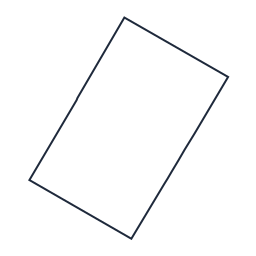 Adams, Indiana, United States of America (Robinson projection), rotated 31°
{"feature_id": "52423323B32450220216065", "entity_name": "Adams", "entity_type": "district", "adm_level": 2, "iso_a3": "USA", "parent_name": "United States of America", "parent_adm1": "Indiana", "projection": "robinson", "projection_center": [-84.869, 40.745], "detail": "fine", "context": "isolated", "style": "outline", "palette": "slate", "viewbox_px": 256, "rotation_deg": 31, "n_neighbors": 0, "source": "geoboundaries", "source_scale": "gbopen_adm2", "svg_char_len": 373}
<svg xmlns="http://www.w3.org/2000/svg" viewBox="0 0 256 256"><g transform="rotate(31 128 128)"><path d="M70.3,223.4L187.9,221.2L187.9,182.1L187.9,173.8L187.9,166.0L187.9,158.2L187.9,157.1L188.0,151.1L187.9,142.4L187.9,137.3L187.9,129.7L187.7,117.2L187.9,98.3L187.5,32.7L68.0,35.2L69.2,128.3L69.6,130.6L70.3,223.4Z" fill="none" stroke="#1e293b" stroke-width="2"/></g></svg>